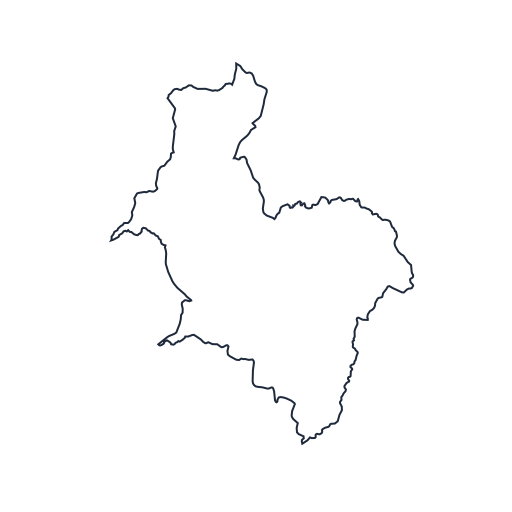 outline of Monapo, Nampula, Mozambique, rotated 146°
{"feature_id": "85939544B30642509050116", "entity_name": "Monapo", "entity_type": "district", "adm_level": 2, "iso_a3": "MOZ", "parent_name": "Mozambique", "parent_adm1": "Nampula", "projection": "natural_earth1", "projection_center": [40.158, -14.808], "detail": "fine", "context": "isolated", "style": "outline", "palette": "slate", "viewbox_px": 512, "rotation_deg": 146, "n_neighbors": 0, "source": "geoboundaries", "source_scale": "gbopen_adm2", "svg_char_len": 6122}
<svg xmlns="http://www.w3.org/2000/svg" viewBox="0 0 512 512"><g transform="rotate(146 256 256)"><path d="M164.8,426.6L167.6,422.3L171.9,418.5L175.0,414.9L180.0,411.4L180.2,412.5L181.7,414.1L183.3,414.6L184.4,415.4L185.3,415.5L186.2,414.9L188.1,414.7L189.8,414.1L193.9,414.2L195.5,414.7L197.4,416.4L199.3,417.0L204.3,422.8L211.0,427.2L213.5,431.3L214.1,433.4L216.2,435.0L220.1,435.0L222.4,435.8L225.2,435.5L226.9,437.1L227.8,438.6L230.2,439.8L231.9,439.7L235.5,438.5L238.3,438.3L239.6,436.9L241.1,436.3L240.6,423.9L241.0,422.8L247.9,416.8L250.1,408.3L254.0,405.3L255.5,402.8L263.9,393.1L265.2,391.1L266.3,387.9L267.7,388.4L269.2,388.4L271.3,385.7L273.1,384.2L276.7,383.8L281.5,382.1L284.3,383.0L285.7,382.9L289.6,381.4L294.9,375.4L298.4,372.2L299.5,370.0L300.0,367.2L300.5,366.8L303.4,366.4L305.3,366.8L308.3,369.7L311.0,370.0L312.9,371.6L318.4,374.1L319.8,374.3L324.6,371.9L326.5,367.4L329.4,364.9L334.4,361.8L335.8,358.9L338.8,356.4L342.4,355.1L343.8,355.0L346.8,357.1L349.5,356.2L350.9,356.5L355.0,355.9L356.4,354.9L359.9,355.2L362.3,353.6L364.8,352.9L366.6,350.3L367.4,349.9L365.2,349.3L359.5,348.7L358.9,348.8L357.7,349.9L354.4,349.6L351.8,350.5L350.1,349.9L349.4,348.6L347.5,348.9L347.2,346.6L345.9,345.6L344.9,342.1L343.2,340.0L342.3,339.4L341.0,339.8L339.6,339.4L338.5,340.0L338.1,339.8L337.1,340.2L336.5,341.2L335.3,342.3L333.6,342.4L331.9,340.6L331.3,337.5L330.2,336.2L330.2,334.4L329.6,333.9L329.3,332.6L328.3,332.2L328.0,331.7L327.7,329.1L326.4,327.3L326.8,324.5L326.0,322.5L326.9,321.0L327.4,319.0L326.4,316.8L325.1,315.4L326.7,314.1L327.6,311.2L329.1,308.2L334.2,301.5L335.3,299.6L337.7,291.9L339.4,281.9L339.5,278.9L339.0,273.7L336.4,263.9L336.2,261.3L334.5,255.9L334.6,255.3L336.4,255.7L338.9,258.6L339.9,259.1L343.3,258.8L344.5,257.6L346.3,253.2L348.6,250.0L351.1,249.0L353.6,245.8L357.1,242.5L364.9,237.1L367.1,237.1L373.1,238.3L375.8,238.3L386.4,237.4L386.3,236.6L386.0,235.9L385.1,235.2L382.2,234.9L381.1,235.1L380.4,236.0L379.8,236.1L377.0,235.9L375.6,232.8L375.4,231.2L375.7,230.2L373.9,228.6L372.9,228.5L371.2,229.0L369.2,228.6L368.0,228.9L367.1,227.7L363.8,227.6L360.8,228.0L359.7,228.8L357.3,227.2L352.9,226.1L351.5,225.3L348.4,217.7L347.8,214.3L346.9,212.2L346.3,211.6L343.8,211.2L341.4,207.3L337.4,204.4L336.0,200.4L335.3,199.4L333.8,198.9L330.6,198.6L329.6,198.0L329.4,196.4L332.8,193.2L334.4,190.0L333.8,187.7L330.4,181.1L328.2,179.2L325.6,179.2L324.3,177.7L322.6,176.7L320.2,174.0L316.8,172.2L316.6,170.7L317.2,168.9L322.5,162.9L328.8,154.1L329.7,152.1L329.8,150.2L329.3,148.4L328.4,147.2L324.0,143.4L321.0,140.0L319.4,138.9L317.0,138.5L316.2,138.1L315.9,137.5L315.8,136.6L316.7,133.6L321.0,125.6L321.1,123.9L320.7,123.2L319.5,123.5L318.6,124.8L316.2,126.0L314.5,125.3L312.1,123.1L310.2,120.6L307.7,116.4L306.4,112.5L306.6,111.5L312.7,107.3L315.6,103.9L316.2,102.5L316.3,100.0L314.8,94.1L318.4,90.8L320.6,86.9L320.2,84.5L317.4,79.9L318.4,78.1L320.8,77.8L321.8,76.5L322.6,74.5L316.4,74.4L312.6,75.4L311.7,73.9L309.0,72.2L307.8,72.5L306.7,74.3L305.7,74.6L304.9,74.5L303.0,72.6L300.7,72.4L299.4,73.2L298.7,74.8L297.8,75.2L294.8,75.0L291.6,73.9L290.6,73.9L288.5,75.0L287.6,74.9L284.3,73.0L280.7,73.3L275.5,77.7L271.0,80.1L269.1,83.2L268.6,87.2L268.0,88.0L265.6,88.9L264.3,91.2L262.1,92.0L260.3,93.1L257.5,93.8L256.5,94.6L256.1,95.1L256.1,97.6L255.3,98.8L251.9,100.1L249.0,99.9L248.5,100.4L248.5,102.6L247.7,103.6L246.8,103.8L245.7,103.3L244.7,103.6L241.8,107.4L239.5,108.3L239.3,109.1L239.8,111.0L239.2,112.0L237.6,112.3L235.8,111.8L234.5,112.1L233.3,113.5L231.6,114.1L228.2,117.2L225.8,118.7L225.5,119.8L226.0,122.1L225.8,123.9L226.7,126.0L226.3,127.0L225.0,128.4L224.0,130.9L223.4,131.3L222.0,131.2L221.4,132.8L219.3,133.9L216.4,138.5L214.1,140.4L210.0,142.8L209.0,144.3L208.0,147.1L207.1,147.9L205.8,147.8L205.4,147.4L203.2,143.5L199.1,140.5L198.3,141.5L198.0,143.0L195.9,145.1L192.4,146.6L189.5,146.4L187.0,147.0L185.1,148.3L183.5,150.3L178.8,152.7L177.5,152.6L175.2,151.6L174.2,151.5L171.4,154.1L166.5,155.7L163.8,157.0L162.2,156.4L160.6,153.0L155.3,144.2L153.9,143.1L149.8,143.8L147.6,143.6L145.8,142.5L144.6,142.3L142.3,143.5L142.1,144.7L142.6,147.8L141.5,150.2L140.9,150.7L138.1,150.6L137.3,151.1L136.4,152.4L136.3,154.4L135.8,155.8L132.5,161.8L133.6,166.2L133.5,173.7L134.8,176.5L135.6,179.9L135.1,186.1L134.5,188.2L133.7,189.5L132.2,191.0L129.0,192.6L127.8,193.9L126.3,198.0L126.9,198.8L126.2,201.6L126.9,204.1L125.6,209.5L126.2,211.2L127.3,212.6L128.8,214.0L130.8,215.0L131.2,215.8L131.7,218.5L132.6,220.5L132.0,222.0L132.1,222.9L132.8,223.8L135.9,225.1L136.0,226.6L135.4,227.2L135.2,228.2L136.4,231.8L137.8,233.5L138.8,235.4L141.0,236.9L141.5,237.6L141.4,240.5L139.7,243.8L139.5,246.1L140.0,246.1L141.2,244.9L141.8,244.7L143.0,245.9L143.5,249.0L143.8,249.4L145.4,249.9L147.0,251.3L149.8,252.2L151.4,252.1L152.4,252.5L153.3,254.2L153.2,256.5L153.6,257.6L154.4,258.1L157.4,258.1L161.7,260.0L163.0,260.0L164.4,258.9L166.0,258.7L166.0,260.1L165.2,261.9L165.7,264.8L166.1,265.9L168.8,268.3L175.9,264.6L178.3,265.0L179.8,266.6L180.7,266.8L182.8,264.9L184.8,265.5L186.2,266.3L187.5,268.3L187.6,269.9L186.9,270.3L186.4,272.6L187.4,273.0L189.7,272.3L190.5,273.0L189.9,274.6L188.7,275.1L189.1,276.8L191.1,277.2L192.9,276.6L194.3,277.2L195.8,276.3L196.9,277.1L197.3,276.1L198.6,275.7L199.1,276.3L200.6,276.6L200.8,277.0L200.8,277.6L200.1,278.7L200.9,281.2L205.9,282.4L208.3,282.3L212.6,278.8L214.3,278.9L216.2,278.3L218.6,276.7L220.1,276.3L220.7,278.2L224.5,283.6L225.4,286.6L225.4,288.1L223.9,291.4L218.9,296.9L218.1,298.3L217.4,300.5L216.7,307.5L216.3,308.8L214.6,310.7L213.4,313.8L213.3,315.6L214.3,319.7L214.6,322.4L212.5,330.0L211.4,338.0L209.9,341.4L210.0,344.5L210.4,345.0L213.7,346.2L214.3,346.2L215.4,345.4L216.2,345.6L217.1,346.4L218.3,348.5L219.7,349.4L216.2,351.5L208.3,357.7L205.4,359.3L202.7,360.0L195.8,360.7L192.9,361.6L189.6,363.3L184.4,363.1L183.9,364.3L184.7,367.9L184.6,368.1L176.5,368.6L173.7,369.5L164.8,377.5L161.4,381.2L155.4,386.0L154.3,387.6L154.2,388.6L154.7,390.3L156.8,393.9L159.0,396.7L159.6,398.4L159.4,401.0L157.5,407.2L157.5,409.8L158.8,411.8L161.2,412.8L162.0,413.9L162.9,418.4L162.8,422.3L164.8,426.6Z" fill="none" stroke="#1e293b" stroke-width="2"/></g></svg>